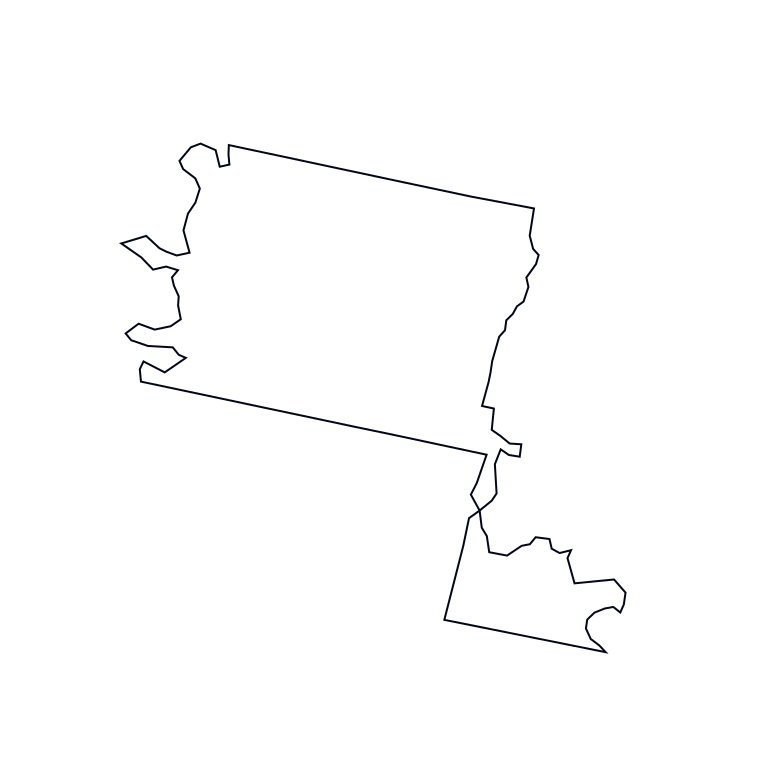 the district of Serafina Corrêa, Rio Grande do Sul, Brazil, rotated 196°
{"feature_id": "56859067B89620612627908", "entity_name": "Serafina Corrêa", "entity_type": "district", "adm_level": 2, "iso_a3": "BRA", "parent_name": "Brazil", "parent_adm1": "Rio Grande do Sul", "projection": "mercator", "projection_center": [-51.947, -28.687], "detail": "fine", "context": "isolated", "style": "outline", "palette": "ink", "viewbox_px": 768, "rotation_deg": 196, "n_neighbors": 0, "source": "geoboundaries", "source_scale": "gbopen_adm2", "svg_char_len": 1470}
<svg xmlns="http://www.w3.org/2000/svg" viewBox="0 0 768 768"><g transform="rotate(196 384 384)"><path d="M257.2,288.7L248.2,301.7L245.6,309.8L255.3,337.4L253.8,353.3L244.4,350.2L233.5,351.5L235.4,363.9L246.8,361.4L257.9,366.2L267.8,369.6L271.6,390.7L283.7,389.9L284.0,414.8L284.8,424.7L286.3,435.8L286.3,461.3L282.5,469.0L284.0,478.9L279.5,486.9L277.6,495.3L272.6,501.7L271.9,517.1L276.5,525.6L270.9,541.2L270.9,550.6L277.9,555.0L284.8,566.7L288.2,594.1L351.3,588.2L417.6,583.5L599.0,570.9L596.8,561.9L593.1,552.3L601.8,547.6L610.3,562.4L626.6,564.5L634.9,558.3L642.1,542.1L636.3,535.2L622.1,529.7L614.9,521.1L615.3,506.4L619.4,493.8L619.1,476.4L607.1,456.6L618.7,450.4L629.6,451.2L637.2,452.6L653.4,460.8L675.3,446.7L652.2,438.8L637.5,430.3L625.9,436.8L613.4,436.6L617.2,428.1L613.1,420.7L605.5,411.7L603.6,402.8L597.2,390.2L605.0,380.7L619.4,373.1L636.5,374.3L646.3,361.4L639.1,356.4L621.4,355.5L597.2,361.0L589.3,355.5L581.7,354.5L598.0,334.7L621.4,339.4L622.8,330.9L618.3,319.3L401.7,334.7L360.0,337.8L265.9,344.3L267.5,314.5L270.0,301.6L257.2,288.7ZM97.0,187.3L104.9,192.0L115.0,195.9L122.5,204.6L123.7,213.6L118.7,222.2L110.0,229.0L102.1,232.9L93.9,229.5L92.7,238.1L94.3,250.0L109.0,259.5L145.9,244.9L159.6,267.2L158.4,275.8L168.6,269.9L177.4,271.9L182.2,280.6L196.0,278.5L199.6,270.2L207.1,266.4L218.4,253.0L236.5,251.3L243.2,266.1L250.4,272.8L257.2,288.7L265.3,278.5L263.2,250.5L261.0,173.9L97.0,187.3Z" fill="none" stroke="#020617" stroke-width="2"/></g></svg>